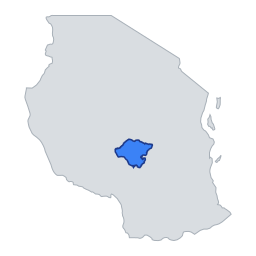 Iringa, Iringa, United Republic of Tanzania (highlighted)
{"feature_id": "72390352B92646008536074", "entity_name": "Iringa", "entity_type": "district", "adm_level": 2, "iso_a3": "TZA", "parent_name": "United Republic of Tanzania", "parent_adm1": "Iringa", "projection": "robinson", "projection_center": [35.361, -7.564], "detail": "fine", "context": "in_parent", "style": "filled", "palette": "blue", "viewbox_px": 256, "rotation_deg": 0, "n_neighbors": 0, "source": "geoboundaries", "source_scale": "gbopen_adm2", "svg_char_len": 8069}
<svg xmlns="http://www.w3.org/2000/svg" viewBox="0 0 256 256"><path d="M91.7,192.1L88.7,190.3L86.0,189.2L83.7,188.0L82.7,186.9L80.6,186.4L78.8,186.2L77.1,185.1L73.6,184.7L73.3,184.0L73.2,182.4L72.6,181.9L71.3,181.5L70.0,181.5L69.2,181.8L68.7,181.6L67.5,180.7L66.5,179.5L66.1,177.5L64.5,176.3L62.7,175.3L57.6,175.4L56.8,175.1L55.6,174.1L54.2,172.5L53.1,170.7L52.0,168.1L51.0,164.7L45.2,151.2L44.6,148.7L43.4,145.8L41.5,142.3L39.6,139.8L36.9,137.4L33.8,135.1L32.2,133.5L29.1,127.1L28.4,124.1L27.9,121.1L28.1,119.8L30.0,115.8L30.2,114.7L30.0,113.2L29.0,110.0L27.8,106.2L25.3,99.2L24.9,97.4L25.0,96.1L26.4,88.9L26.4,87.9L32.2,88.1L36.5,85.0L40.2,80.3L40.9,78.4L42.4,75.4L43.9,73.9L44.5,72.8L45.3,69.9L47.3,67.8L49.1,66.3L48.8,65.2L49.0,64.8L50.1,64.0L52.1,63.3L52.5,61.7L52.5,59.9L52.1,58.9L52.2,57.8L51.9,57.2L50.6,57.0L48.6,56.1L47.0,55.8L45.9,55.2L45.5,54.9L45.3,53.8L46.2,51.1L45.3,50.0L47.3,45.4L47.7,44.9L48.4,44.8L49.6,44.3L50.7,44.1L51.5,44.3L52.2,44.1L52.8,43.6L53.3,42.1L53.7,39.5L53.4,37.4L52.6,35.8L52.4,33.3L52.7,30.0L52.5,27.3L51.5,25.1L50.6,23.8L49.1,23.2L46.8,19.8L46.1,18.2L46.2,17.2L47.0,16.8L48.5,16.9L49.8,16.5L51.1,15.6L52.4,15.4L53.0,15.5L111.2,15.5L179.2,58.4L179.5,59.0L180.0,62.7L179.9,63.9L178.8,66.0L178.5,67.2L178.5,67.9L178.8,68.2L179.7,68.4L180.4,68.9L180.7,69.3L181.3,70.9L182.0,71.7L207.8,92.7L208.4,93.1L208.0,94.8L206.6,99.1L206.5,100.9L205.9,103.0L205.4,104.4L203.9,110.4L202.6,112.7L200.9,118.0L200.6,122.0L201.6,124.8L201.9,127.5L203.9,130.1L205.5,131.0L206.5,132.2L208.4,134.9L209.5,137.7L213.0,139.0L214.3,142.0L213.8,144.1L212.2,145.9L210.7,148.7L209.5,152.4L209.5,158.1L210.3,157.2L212.1,158.6L212.3,162.8L210.4,167.7L209.9,169.9L209.8,171.9L211.1,177.7L213.2,180.7L213.0,181.6L212.5,182.4L216.0,187.6L215.7,192.2L217.0,195.7L217.5,198.8L218.4,201.2L218.6,202.8L217.5,204.6L220.0,205.0L221.5,206.5L222.2,207.9L224.1,207.9L225.1,208.8L226.5,209.6L229.7,212.0L230.6,213.2L231.1,214.3L222.3,221.8L219.1,223.8L216.8,224.6L214.4,225.1L212.1,226.3L209.9,228.2L207.1,229.1L203.8,229.1L200.2,230.4L194.6,234.3L191.3,232.1L188.8,231.4L185.9,231.5L184.1,231.8L183.4,232.2L182.9,233.6L182.4,235.7L180.4,237.8L177.1,239.8L173.9,240.5L171.1,240.0L169.2,239.2L168.2,238.0L166.7,237.5L164.7,237.6L162.8,238.4L161.1,240.0L158.2,240.6L154.3,240.4L152.2,239.7L151.9,238.4L150.1,236.9L147.0,235.1L144.7,235.1L143.2,236.8L141.8,237.8L140.6,238.2L139.5,238.3L137.9,237.8L133.6,237.7L129.4,237.7L129.0,235.3L128.2,233.9L127.4,233.0L126.0,232.8L125.6,232.1L125.1,230.6L124.4,229.3L123.5,228.3L122.9,227.3L122.8,226.4L122.9,225.4L123.8,222.9L124.0,221.2L123.9,219.5L123.5,217.7L122.5,215.6L122.6,215.0L122.3,213.6L122.2,212.6L122.4,211.3L122.2,209.6L121.4,206.1L121.4,205.2L120.5,203.5L117.8,199.5L117.6,198.9L113.3,194.9L111.6,194.0L111.0,194.7L110.8,195.4L110.9,196.7L110.8,197.4L110.7,197.7L109.6,197.6L109.0,197.5L107.4,196.4L106.1,196.1L103.0,196.3L101.9,196.6L101.0,196.3L99.3,194.5L97.4,194.1L95.6,194.0L92.7,191.9L91.7,192.1ZM213.4,124.2L214.8,128.7L214.7,129.5L213.7,130.0L213.1,130.1L212.5,129.3L212.1,127.8L211.3,128.2L210.0,126.4L208.7,126.3L207.6,124.2L208.1,122.3L207.8,119.1L209.2,117.4L210.0,114.7L210.9,116.6L211.1,119.5L212.3,123.0L213.4,124.2ZM220.3,97.5L220.4,98.6L220.2,99.6L220.2,102.8L220.1,104.9L219.0,107.8L218.2,108.8L217.4,108.5L216.8,108.1L216.3,107.3L217.3,101.9L216.8,98.0L218.8,98.4L220.3,97.5ZM217.3,162.1L216.3,162.4L215.9,162.1L215.3,161.2L216.4,160.5L217.4,159.0L219.8,156.9L221.0,155.2L220.8,156.8L219.4,160.5L218.3,160.7L217.3,162.1Z" fill="#d9dde1" stroke="#a8b0b8" stroke-width="1"/><path d="M131.7,139.9L130.8,139.6L130.6,139.6L130.3,139.5L130.1,139.4L129.9,139.5L129.7,139.5L129.2,139.2L128.8,139.2L128.6,139.3L128.5,139.5L128.3,139.6L128.2,139.8L127.9,139.8L127.7,139.9L127.6,140.0L127.3,140.3L127.2,140.3L126.8,140.7L126.6,140.7L126.4,140.9L126.0,141.1L126.0,141.4L125.6,141.7L125.4,141.8L125.2,141.9L125.2,142.0L124.8,142.4L124.6,142.4L124.4,142.4L124.2,142.7L124.1,142.9L124.0,143.1L123.8,143.2L123.9,143.3L123.6,143.9L123.4,144.2L123.2,144.3L123.1,144.6L122.9,144.8L123.0,145.0L122.9,145.1L122.6,145.3L122.4,145.6L122.1,145.7L122.0,145.9L121.7,146.0L121.6,145.9L121.5,146.0L121.3,146.3L121.1,146.4L121.0,146.6L120.9,146.8L120.7,146.8L120.7,147.0L120.6,147.3L120.4,147.3L120.1,147.4L120.1,147.5L119.9,147.7L119.7,147.8L119.7,148.1L119.4,148.1L119.2,148.1L118.9,148.3L118.7,148.3L118.4,148.2L118.3,148.4L118.1,148.4L118.0,148.5L117.8,148.4L117.4,148.6L117.3,148.4L117.2,148.5L117.2,148.4L116.7,148.6L116.3,148.4L116.2,148.4L116.1,148.5L115.6,148.9L115.3,149.2L115.2,149.4L115.3,151.9L116.6,153.9L116.7,154.5L116.8,154.7L117.1,155.0L118.1,156.8L118.4,157.0L118.8,157.0L119.4,156.8L119.9,156.8L121.1,156.5L122.2,156.7L122.7,156.7L123.3,156.7L123.8,156.9L124.3,157.1L124.6,157.5L124.9,157.9L125.6,158.9L125.9,159.2L126.3,159.6L126.8,159.9L127.4,160.5L127.5,160.8L127.5,161.1L127.7,161.5L127.9,161.6L127.9,162.0L128.1,162.1L128.3,162.5L128.4,163.0L128.5,163.0L128.6,163.4L128.7,163.6L128.8,163.8L128.9,164.0L129.0,164.1L129.1,164.4L129.3,164.6L129.8,164.7L130.2,164.9L130.9,165.3L131.2,165.4L131.6,165.7L132.0,165.8L132.2,165.7L132.4,165.8L132.6,165.6L133.2,165.6L133.2,166.0L133.3,166.3L133.3,166.6L133.2,166.8L133.4,166.9L133.4,167.2L133.5,167.4L133.7,167.0L134.1,166.7L134.5,166.4L134.6,166.0L134.7,165.9L134.8,165.5L134.8,165.4L135.2,165.2L135.3,165.3L135.6,165.4L135.8,165.4L135.9,165.5L136.0,165.4L136.3,165.3L136.5,165.2L136.6,165.4L136.9,165.6L137.1,165.6L137.2,166.0L137.3,166.3L137.4,166.6L137.4,166.8L137.5,166.9L137.8,167.0L138.0,167.1L138.4,167.1L138.7,167.4L139.1,167.6L139.3,167.6L139.5,167.6L139.9,167.6L140.0,167.4L140.0,167.2L140.3,167.0L140.5,166.9L140.7,166.6L140.9,166.5L141.1,166.0L141.0,165.9L141.1,165.5L141.3,165.4L141.3,165.2L141.5,165.2L141.9,164.9L142.0,164.5L142.0,164.3L142.1,164.1L142.6,163.8L142.7,163.6L142.8,163.5L143.1,163.5L143.3,163.4L143.5,163.4L143.6,163.2L143.8,163.1L143.9,162.9L144.0,162.8L144.3,162.7L144.3,162.4L144.1,162.0L144.1,161.7L144.3,161.3L144.5,161.2L144.8,160.9L145.0,160.4L145.2,160.0L145.3,159.9L145.3,159.7L145.2,159.5L145.3,159.4L145.2,159.1L145.1,158.9L145.1,158.7L145.2,158.3L144.8,158.3L144.6,158.2L144.4,158.0L144.2,158.0L143.9,158.1L143.7,158.1L143.2,158.9L143.1,159.2L142.8,159.5L142.7,159.4L142.4,159.3L142.2,159.1L142.1,158.8L142.2,158.6L142.2,158.3L142.1,158.2L141.8,158.0L141.7,158.1L141.3,158.0L141.2,157.9L141.1,157.7L141.0,157.3L140.9,157.3L141.0,156.9L141.0,156.7L141.5,156.9L142.0,156.8L142.0,156.7L141.9,156.6L142.0,156.4L141.9,156.3L141.8,156.2L142.0,156.0L141.9,156.0L141.9,155.9L142.1,155.7L142.4,155.6L142.5,155.3L142.8,155.2L143.0,155.1L143.4,155.0L143.6,155.0L144.1,155.2L144.4,155.2L144.5,155.1L144.8,155.1L145.1,155.2L145.4,155.4L145.8,155.2L146.2,154.8L146.4,154.6L146.8,153.6L146.7,153.0L146.5,152.8L146.5,152.7L147.0,152.4L147.0,151.9L147.2,151.5L147.3,151.3L147.2,151.2L147.3,151.0L147.6,150.9L147.6,150.6L148.2,150.1L148.3,150.0L148.6,149.8L148.8,149.8L149.0,149.4L149.3,149.0L149.6,148.8L150.3,148.6L150.6,148.4L151.3,148.1L151.4,147.9L151.8,147.0L151.9,146.6L152.3,145.5L152.4,145.1L152.3,144.8L152.2,144.6L151.8,144.8L151.7,144.7L151.4,144.6L151.4,144.3L151.2,144.3L150.8,144.2L150.7,144.2L150.4,144.1L150.2,144.2L150.0,144.3L149.9,144.1L149.6,144.0L149.3,144.0L148.9,144.1L148.4,144.4L147.9,144.0L147.3,143.9L147.0,143.7L146.8,143.8L146.7,143.8L146.4,143.5L146.2,143.4L145.9,143.3L145.6,143.5L145.4,143.6L145.3,143.4L145.2,143.5L145.0,143.4L144.9,143.5L144.9,143.4L144.7,143.4L144.6,143.5L144.5,143.4L144.4,143.4L144.2,143.3L143.9,143.3L143.6,143.2L143.4,143.0L143.3,142.9L143.2,143.0L143.0,142.9L142.8,142.8L142.5,142.6L142.2,142.2L141.8,142.1L141.7,142.2L141.3,142.0L141.1,141.7L140.9,141.7L140.2,141.8L140.1,141.7L139.8,141.5L139.6,141.2L139.5,140.7L139.3,140.4L139.1,140.4L138.9,140.5L138.7,140.3L138.4,140.1L138.1,140.2L137.9,140.0L136.9,140.2L136.7,140.1L136.2,140.2L135.9,140.2L135.3,140.7L135.2,140.9L135.0,141.1L134.8,141.1L134.8,141.3L134.6,141.4L134.2,141.2L133.3,141.1L133.0,140.9L132.8,140.8L132.7,140.6L132.4,140.5L132.3,140.3L131.8,140.1L131.7,139.9Z" fill="#3b82f6" stroke="#1e3a8a" stroke-width="1.5"/></svg>